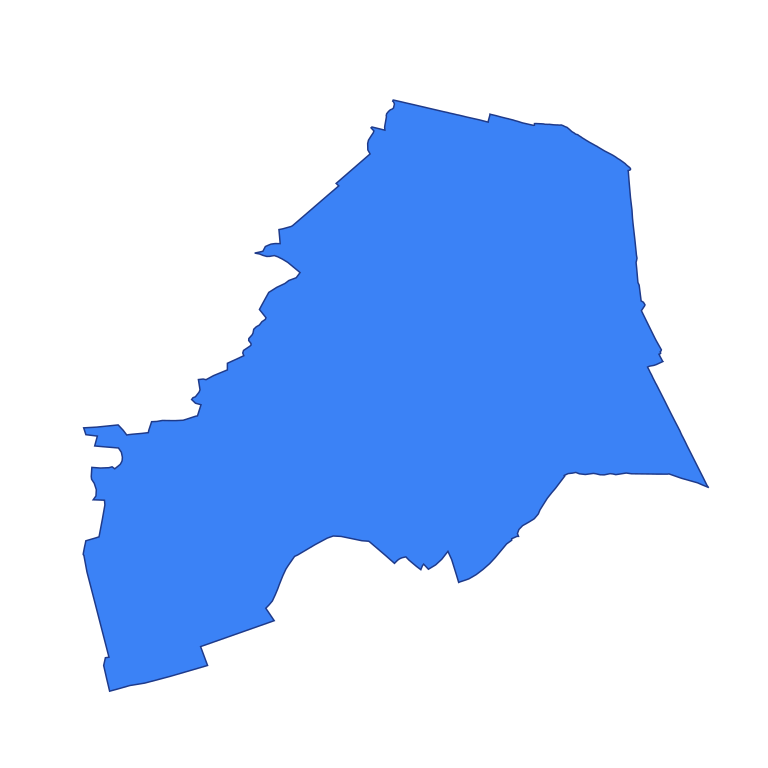 the district of Salacea, Bihor, Romania, rotated 355°
{"feature_id": "2599482B49985047544028", "entity_name": "Salacea", "entity_type": "district", "adm_level": 2, "iso_a3": "ROU", "parent_name": "Romania", "parent_adm1": "Bihor", "projection": "equal_earth", "projection_center": [22.294, 47.457], "detail": "fine", "context": "isolated", "style": "filled", "palette": "blue", "viewbox_px": 768, "rotation_deg": 355, "n_neighbors": 0, "source": "geoboundaries", "source_scale": "gbopen_adm2", "svg_char_len": 5607}
<svg xmlns="http://www.w3.org/2000/svg" viewBox="0 0 768 768"><g transform="rotate(355 384 384)"><path d="M441.1,588.2L441.7,588.0L442.3,587.8L448.2,586.4L451.2,585.6L451.4,585.6L459.1,582.0L466.4,577.4L473.5,572.2L479.6,566.7L492.2,554.0L497.6,550.8L497.7,549.3L503.1,547.4L504.7,547.5L503.9,544.6L505.7,540.7L509.7,537.2L516.7,534.0L522.0,531.3L526.4,526.9L528.5,522.9L536.7,512.1L541.7,506.8L545.7,502.9L556.0,491.5L555.6,490.8L559.6,489.3L564.0,489.2L567.4,488.8L570.8,490.5L576.7,491.7L584.8,491.3L586.1,491.6L587.3,491.9L591.5,493.3L595.7,493.7L601.4,493.0L604.3,493.6L607.0,494.5L617.6,493.8L622.7,495.0L642.8,497.0L648.5,497.6L654.2,498.1L658.4,498.5L660.1,498.4L670.0,502.9L672.5,504.0L687.3,509.6L687.8,509.8L692.2,512.2L697.8,515.1L698.5,515.6L698.1,515.1L697.8,514.6L697.1,513.5L696.6,512.3L693.6,504.6L692.0,500.6L686.9,487.8L680.6,472.0L678.9,467.5L677.7,464.5L677.3,463.5L677.1,463.0L676.0,460.5L676.0,460.1L675.7,459.6L674.9,457.1L674.2,455.2L673.8,454.4L673.5,453.5L673.2,452.8L672.5,451.1L671.7,449.2L670.3,445.8L667.1,437.9L661.8,424.4L659.3,418.2L655.3,408.2L654.7,407.0L654.3,406.0L654.0,405.2L652.9,402.5L652.6,401.8L651.5,398.7L650.7,396.8L650.0,395.2L649.5,393.7L648.9,392.2L648.2,390.7L648.0,390.1L648.3,390.0L649.1,389.7L650.0,389.4L650.7,389.3L654.4,389.0L656.9,388.4L663.8,385.9L663.5,385.5L661.4,380.6L660.9,379.2L660.5,378.3L661.2,378.1L662.0,377.8L662.3,377.5L662.2,376.8L662.0,376.4L662.0,376.1L662.0,375.9L662.5,375.5L662.9,375.1L663.3,374.1L658.9,364.4L657.7,361.5L652.8,348.9L646.8,333.4L650.4,328.9L650.9,327.9L649.6,325.2L647.4,323.6L646.8,307.7L645.8,305.0L645.8,297.6L645.8,290.2L645.7,284.9L646.4,282.8L647.0,280.7L646.7,277.4L646.7,275.7L646.5,262.4L646.3,254.8L646.1,247.2L646.0,240.4L646.2,232.4L645.8,219.9L645.8,212.9L645.8,210.4L645.8,204.0L645.9,194.2L645.8,192.6L646.8,192.5L647.8,192.2L648.1,192.0L648.3,191.7L648.3,190.9L648.0,190.4L647.7,189.9L645.0,187.3L644.1,186.3L643.6,185.6L641.6,183.8L639.7,182.2L638.3,181.0L636.7,179.9L634.5,178.0L632.1,176.2L630.3,175.0L626.5,172.6L624.1,171.1L620.5,168.5L618.0,166.7L616.5,165.5L616.0,165.3L615.4,164.9L613.4,163.5L612.6,163.0L611.6,162.3L609.9,161.2L608.7,160.3L607.6,159.5L607.0,159.1L604.8,157.4L603.0,156.1L601.9,155.1L599.9,153.6L598.7,152.5L596.7,151.8L595.1,150.3L594.0,149.6L593.0,148.8L592.1,147.8L590.9,146.5L589.6,145.2L588.7,144.3L586.8,143.4L584.9,142.2L584.0,141.8L583.1,141.4L581.3,141.4L579.8,141.1L578.6,141.0L576.4,140.7L575.2,140.5L574.3,140.3L573.9,140.2L573.1,140.1L572.3,139.9L571.3,139.7L569.4,139.6L568.2,139.4L567.6,139.4L566.6,139.2L566.0,138.9L563.5,138.5L557.5,137.7L556.8,137.7L556.6,137.7L556.4,139.3L555.6,139.4L554.3,139.0L544.6,135.9L540.1,134.0L536.8,132.8L536.3,132.5L531.4,130.8L530.7,130.5L529.9,130.3L523.2,128.0L523.0,127.9L522.4,127.7L519.2,126.5L514.4,124.9L514.2,124.9L513.1,124.4L512.8,125.7L511.2,130.0L511.0,130.5L510.8,131.2L510.6,132.2L502.1,129.2L489.8,125.3L487.7,124.6L487.2,124.4L481.5,122.5L480.6,122.3L477.4,121.2L472.9,119.8L471.3,119.2L467.4,118.0L452.1,113.0L437.5,108.2L430.0,105.8L427.0,104.8L419.3,102.3L419.0,102.2L418.4,102.1L418.2,102.0L418.0,101.9L417.9,101.9L417.8,102.1L417.3,103.0L417.7,103.4L418.1,103.8L418.8,106.0L417.7,109.3L417.6,109.8L416.2,110.8L414.2,111.4L412.3,112.8L410.2,115.0L409.6,116.9L409.7,118.0L408.6,122.1L408.5,122.5L407.5,126.2L407.0,128.3L407.0,131.2L394.4,126.9L393.4,127.7L396.0,131.0L395.2,132.8L392.7,135.9L389.8,139.7L388.7,143.0L388.3,149.4L390.2,153.6L353.8,180.0L356.2,182.7L344.7,190.9L307.0,218.1L305.9,218.7L305.1,219.0L296.6,220.6L292.8,221.0L292.8,235.1L287.7,234.6L283.6,234.8L280.7,235.7L277.8,236.7L274.9,241.2L271.5,241.7L266.6,242.3L269.4,243.1L270.9,243.5L271.5,243.7L274.6,245.3L278.3,246.7L281.3,246.9L283.2,246.7L286.0,246.5L287.0,247.0L288.3,247.6L289.1,247.9L291.3,249.3L293.6,250.7L298.8,254.5L301.2,256.9L310.1,265.7L305.8,270.5L298.2,272.6L294.1,275.2L285.5,278.4L277.2,282.7L273.2,288.6L269.2,294.6L266.4,298.9L272.2,307.7L271.4,309.3L267.8,311.3L265.0,314.4L261.7,315.9L259.0,318.1L258.0,321.7L257.0,323.4L253.3,326.9L253.0,328.9L255.0,332.0L255.0,333.5L253.9,334.5L247.0,338.3L246.0,340.8L246.8,343.6L229.8,349.7L229.5,352.9L229.2,356.3L214.9,360.8L207.1,364.2L204.3,363.3L199.5,363.4L200.2,373.8L199.0,376.1L195.0,380.3L192.5,381.0L191.0,382.7L194.5,386.7L199.9,388.7L195.4,399.5L193.4,399.7L180.8,402.6L173.2,402.3L168.7,401.9L162.8,401.3L160.1,401.0L154.5,401.5L149.2,401.3L145.6,409.7L145.0,411.9L138.4,412.1L129.3,412.1L125.0,412.2L123.3,412.4L120.1,407.3L115.6,401.6L93.8,401.9L81.0,401.5L82.6,408.5L93.9,410.9L90.4,420.5L97.6,421.8L113.9,424.6L116.4,429.1L117.0,434.1L116.5,437.3L115.9,438.6L114.2,441.1L108.4,445.0L105.9,442.8L102.7,443.4L94.1,443.0L85.7,441.6L84.3,450.6L84.4,453.4L86.7,457.7L88.2,464.2L87.3,470.4L84.2,474.0L95.4,475.4L95.4,480.2L91.5,494.7L86.8,511.4L83.4,512.2L73.3,514.2L72.8,515.9L72.6,516.7L71.6,519.8L69.7,526.5L69.5,527.7L70.1,528.6L71.7,545.3L74.3,560.8L76.9,576.3L86.2,632.2L82.6,632.4L80.2,640.0L82.0,653.1L83.1,660.6L83.9,666.1L91.8,664.7L104.7,662.2L107.8,662.0L119.6,661.1L141.6,657.3L145.6,656.6L183.7,649.0L178.4,629.6L254.0,610.2L246.7,597.1L250.2,594.1L253.9,590.4L257.3,584.5L260.3,578.8L262.2,574.7L266.5,566.2L270.2,559.8L272.9,556.3L279.5,548.4L280.0,547.9L283.1,546.8L288.5,544.2L301.2,538.1L314.0,532.6L320.2,531.0L328.0,532.1L348.3,538.2L355.0,539.3L356.0,540.1L371.0,555.4L378.8,563.6L382.1,560.8L384.3,559.5L386.6,558.7L390.7,558.1L393.7,561.8L400.5,568.6L404.5,572.2L406.4,568.5L407.8,566.9L412.1,572.4L419.7,568.7L426.3,563.6L433.1,556.3L436.1,564.8L439.6,580.9L441.1,588.2Z" fill="#3b82f6" stroke="#1e3a8a" stroke-width="1.5"/></g></svg>